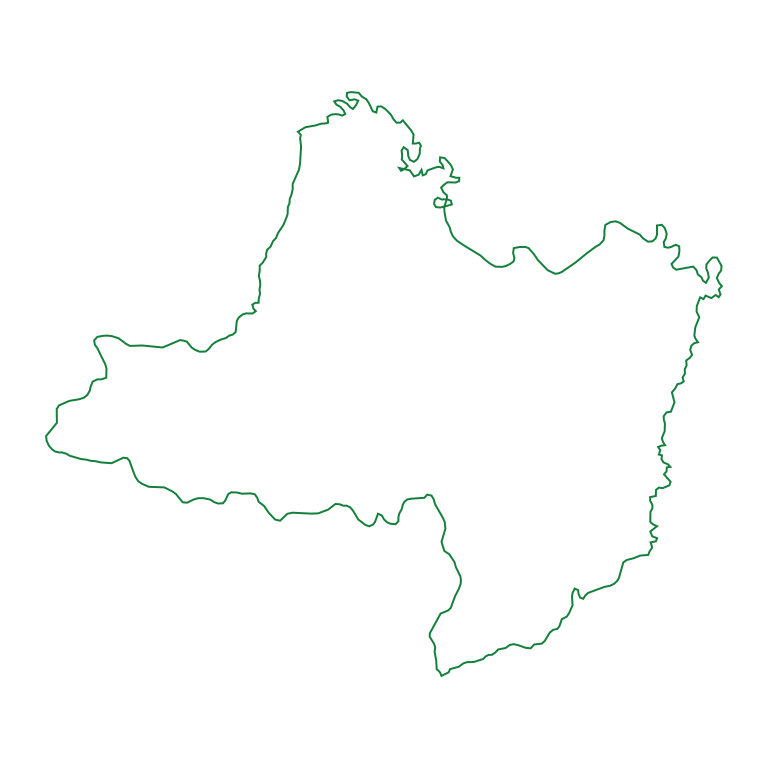 Riachinho, Minas Gerais, Brazil (orthographic projection)
{"feature_id": "56859067B25318605217705", "entity_name": "Riachinho", "entity_type": "district", "adm_level": 2, "iso_a3": "BRA", "parent_name": "Brazil", "parent_adm1": "Minas Gerais", "projection": "orthographic", "projection_center": [-45.926, -16.273], "detail": "fine", "context": "isolated", "style": "outline", "palette": "green", "viewbox_px": 768, "rotation_deg": 0, "n_neighbors": 0, "source": "geoboundaries", "source_scale": "gbopen_adm2", "svg_char_len": 6094}
<svg xmlns="http://www.w3.org/2000/svg" viewBox="0 0 768 768"><path d="M404.2,169.1L407.5,166.0L401.8,159.5L402.2,155.2L401.6,150.6L403.7,147.2L407.7,150.1L408.3,156.1L410.0,160.0L413.9,161.8L417.4,159.1L419.7,153.8L419.9,149.0L420.9,145.6L419.1,142.7L416.0,143.5L412.8,143.5L413.6,134.5L411.2,130.5L402.8,120.3L400.2,122.7L396.5,122.7L393.6,119.4L391.1,115.0L388.2,111.8L385.0,108.8L381.3,106.4L377.5,106.6L376.3,112.5L372.8,111.3L369.0,103.3L366.4,99.4L361.9,96.6L358.7,92.8L351.1,92.1L347.1,92.8L346.7,96.4L349.5,100.3L354.6,99.3L358.2,100.6L356.0,105.3L352.9,109.0L350.2,107.2L347.1,103.7L342.4,101.0L338.1,100.2L334.2,101.4L336.5,104.7L340.4,106.9L343.6,110.4L345.2,114.1L342.0,115.6L339.1,114.5L335.5,114.1L331.1,114.7L327.4,116.9L328.2,122.7L325.0,123.5L320.9,123.7L315.8,125.4L305.5,127.2L297.9,131.7L300.8,134.8L300.1,138.4L301.1,146.4L300.0,164.1L298.9,169.8L292.7,183.9L292.7,189.1L291.5,194.4L289.7,199.3L289.4,203.7L287.9,206.9L287.6,214.2L286.2,218.3L283.2,225.3L278.2,232.7L276.0,238.0L272.9,241.4L270.5,246.7L267.2,249.8L266.1,253.6L266.3,257.0L262.6,262.8L259.7,265.6L259.7,270.5L258.8,276.1L259.9,280.1L260.3,284.8L259.5,289.5L260.0,293.9L258.7,299.0L258.6,302.7L255.1,302.9L252.3,304.7L253.5,308.7L255.8,311.1L252.6,313.5L246.0,313.4L242.7,314.4L238.8,317.4L236.8,321.0L235.7,332.0L232.7,334.6L229.1,335.7L225.9,338.0L220.8,339.6L215.7,342.0L212.1,344.7L209.0,348.7L205.7,351.5L199.7,351.7L195.6,350.1L191.7,347.6L186.8,341.6L183.3,340.6L180.1,340.1L162.6,347.5L142.4,345.5L129.9,345.9L126.3,344.0L118.6,338.3L112.1,336.2L107.6,335.6L103.2,335.8L97.3,336.9L94.2,340.3L94.8,344.7L97.3,348.1L105.3,364.3L106.5,368.8L106.2,377.7L101.7,379.3L97.3,379.4L92.7,381.6L90.7,386.5L89.8,390.5L87.4,394.9L84.1,397.6L79.4,399.2L69.3,400.9L59.0,405.4L56.7,409.1L56.9,422.8L46.1,436.0L46.6,440.7L48.8,445.5L51.8,449.1L55.1,451.5L58.8,452.4L62.4,452.5L66.3,453.7L69.6,455.7L80.8,459.0L86.7,459.7L90.6,460.8L95.7,461.2L100.7,462.4L111.6,463.2L123.4,457.7L127.2,458.2L129.5,460.9L134.0,473.5L135.7,477.4L138.4,481.3L142.2,483.9L148.8,486.8L164.2,487.4L167.2,488.8L173.2,491.9L176.2,494.3L182.7,502.3L187.1,502.7L193.9,499.4L198.2,498.2L203.6,498.2L210.3,499.6L214.1,502.1L218.0,503.5L223.0,503.3L225.4,500.3L228.2,494.1L231.3,492.3L236.8,492.5L241.9,493.7L250.7,493.4L254.8,494.3L257.3,497.8L258.6,501.7L264.1,506.0L268.9,513.0L275.2,519.6L280.1,520.7L287.3,513.8L292.4,512.7L311.0,513.6L318.1,513.4L328.2,509.6L335.4,504.0L339.9,504.3L343.2,505.7L346.6,505.7L350.0,507.2L352.7,510.2L358.3,519.5L365.3,524.9L369.2,526.3L372.9,524.6L375.0,522.0L378.0,513.7L381.9,515.5L384.0,519.4L387.2,522.4L390.7,523.8L395.6,524.2L398.4,521.2L398.4,517.0L399.3,513.5L401.7,509.1L402.9,504.5L404.5,501.7L407.2,499.5L411.5,498.7L424.4,497.8L427.2,494.6L431.5,495.6L433.6,499.0L435.0,504.1L442.7,517.5L444.7,521.9L445.4,528.6L441.5,541.9L444.3,550.9L449.3,554.3L454.4,561.9L455.9,567.2L460.3,576.2L460.9,579.6L460.7,583.7L458.9,588.7L455.2,595.9L450.7,608.0L448.1,610.5L440.6,613.6L429.9,633.1L429.7,636.8L434.0,643.6L435.2,647.5L434.6,651.8L436.2,660.4L436.7,669.0L440.1,672.5L441.5,675.9L448.7,672.3L450.1,669.1L458.9,666.7L463.3,663.4L466.8,662.2L473.7,662.0L483.2,659.0L485.6,656.4L488.7,654.9L492.0,654.8L495.2,652.6L498.1,649.5L505.6,648.0L509.7,645.0L513.8,644.2L517.7,645.0L525.9,647.9L530.6,648.3L534.2,644.5L541.8,643.6L544.7,641.0L549.8,632.6L553.2,629.8L557.3,628.9L559.4,626.3L561.8,619.2L566.7,616.7L569.1,613.1L572.6,605.2L572.0,596.8L572.6,592.9L574.6,588.6L578.1,590.1L578.6,594.0L580.1,597.5L583.2,598.8L585.6,595.1L588.1,592.9L604.4,586.9L609.9,585.8L614.1,583.8L617.0,581.1L618.9,578.1L623.3,562.4L626.8,560.0L634.0,558.1L640.1,555.6L648.2,554.9L649.6,551.4L652.2,547.5L650.6,542.4L655.9,541.3L657.1,538.2L652.2,536.3L650.3,531.5L657.0,526.2L653.0,524.3L650.3,522.0L650.4,511.9L652.4,508.3L652.3,504.6L650.2,500.9L650.1,497.1L655.8,496.0L656.0,489.9L658.9,487.6L662.6,488.2L669.4,485.3L670.6,481.8L664.0,474.3L666.5,471.5L666.8,467.4L670.3,466.9L668.1,464.4L663.5,462.4L661.5,459.1L662.0,455.4L658.9,454.5L660.3,450.2L658.1,447.0L661.7,445.6L665.1,445.2L662.9,441.8L661.8,438.3L664.7,431.1L664.9,423.4L663.8,419.5L663.7,416.2L666.5,412.4L670.9,411.7L674.5,402.4L671.9,392.4L675.3,388.3L677.5,384.1L680.8,383.4L683.7,381.5L682.6,377.4L684.9,373.7L684.8,369.4L686.6,365.4L686.2,360.5L689.8,357.9L692.1,354.9L690.2,349.9L691.3,345.9L693.9,343.3L698.0,342.2L695.5,338.7L694.3,335.6L695.3,327.4L699.3,317.2L696.6,311.7L696.8,306.1L700.1,297.4L703.5,299.1L705.6,295.6L711.3,298.1L715.7,295.0L718.7,297.2L720.5,294.5L718.8,289.5L721.9,286.2L719.2,283.0L716.8,278.0L718.8,273.6L721.2,270.4L721.5,265.8L716.9,257.6L712.5,257.5L709.5,260.6L706.4,264.5L706.3,268.8L708.0,272.7L708.8,277.8L705.9,282.8L703.0,280.7L701.5,277.3L697.9,274.5L696.4,270.0L693.2,266.6L676.2,269.7L673.1,267.5L671.5,264.0L678.4,256.7L679.4,251.2L679.2,246.3L675.7,244.8L671.0,247.0L667.9,247.7L664.4,246.9L663.7,242.2L665.7,238.8L666.7,233.8L664.8,228.1L661.8,224.8L657.0,225.5L657.0,234.7L655.6,238.5L652.5,241.3L648.1,241.7L642.9,238.3L639.7,234.5L627.9,228.7L620.0,222.9L615.6,221.3L610.5,222.1L605.4,224.9L604.4,230.6L604.4,236.0L603.5,240.3L599.5,244.6L596.0,246.5L587.3,252.9L575.5,262.5L561.9,271.9L558.7,273.3L555.2,273.8L547.7,270.2L538.0,260.2L533.7,253.9L528.6,248.1L525.3,246.9L519.6,247.0L513.8,248.1L513.1,253.0L514.4,257.8L513.6,261.4L510.2,263.9L506.2,265.9L501.9,266.9L495.4,266.6L490.5,263.9L486.1,260.6L480.3,255.4L465.3,246.3L457.3,241.0L455.0,238.7L452.7,235.9L450.8,231.6L449.6,227.1L446.0,220.6L444.4,211.4L444.2,206.6L440.3,207.5L436.0,207.1L434.1,203.9L434.7,199.9L437.9,197.7L441.8,199.5L446.9,199.2L446.9,195.4L443.4,192.2L441.1,187.6L443.7,185.0L447.4,182.3L455.8,182.5L459.1,181.1L459.3,177.8L455.9,177.7L450.5,176.2L452.9,169.4L450.8,165.0L447.3,160.9L444.6,158.1L440.1,157.3L439.8,161.5L442.6,165.1L443.4,168.3L439.1,166.8L436.0,167.3L427.5,170.4L425.8,174.2L422.7,175.3L421.5,169.9L418.7,174.7L414.0,176.4L409.8,170.3L404.2,169.1ZM404.2,169.1L401.1,170.8L399.2,168.0L404.2,169.1ZM444.2,206.6L451.8,204.5L450.9,200.7L446.9,199.2L444.2,206.6Z" fill="none" stroke="#15803d" stroke-width="2"/></svg>